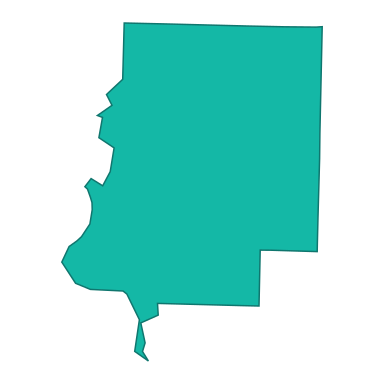 Faulkner, Arkansas, United States of America
{"feature_id": "52423323B52169661365979", "entity_name": "Faulkner", "entity_type": "district", "adm_level": 2, "iso_a3": "USA", "parent_name": "United States of America", "parent_adm1": "Arkansas", "projection": "robinson", "projection_center": [-92.416, 35.105], "detail": "fine", "context": "isolated", "style": "filled", "palette": "teal", "viewbox_px": 384, "rotation_deg": 0, "n_neighbors": 0, "source": "geoboundaries", "source_scale": "gbopen_adm2", "svg_char_len": 695}
<svg xmlns="http://www.w3.org/2000/svg" viewBox="0 0 384 384"><path d="M84.9,186.7L87.5,189.1L90.3,197.0L92.0,202.6L92.2,209.8L89.9,224.0L81.5,236.7L76.7,241.1L69.1,246.5L61.8,262.1L75.6,283.3L90.4,289.4L123.0,291.0L126.9,294.1L139.4,319.7L134.7,351.4L148.4,361.0L142.5,351.5L145.1,342.9L140.8,322.9L158.2,315.1L157.5,303.4L241.9,305.6L259.0,306.0L260.2,250.1L270.8,250.2L317.2,251.6L317.4,241.8L318.0,216.7L319.6,158.9L319.9,132.9L322.2,26.7L316.1,27.1L284.4,26.8L246.6,26.0L172.2,24.1L167.9,24.0L124.2,23.0L122.7,79.3L106.5,94.5L112.0,105.3L97.4,115.5L102.5,117.4L98.9,137.7L114.1,147.9L110.2,171.7L102.7,185.8L91.1,178.6L84.9,186.7Z" fill="#14b8a6" stroke="#0f766e" stroke-width="1.5"/></svg>